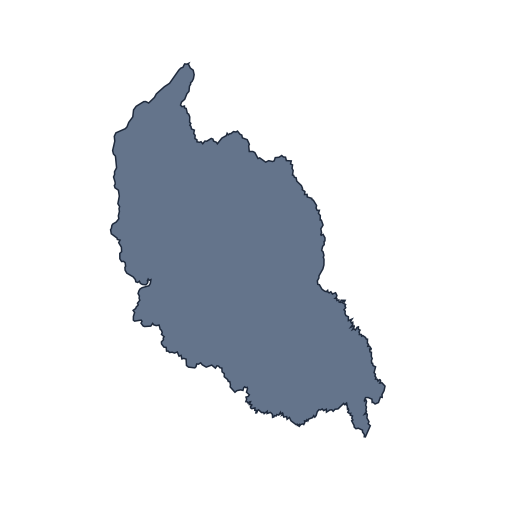 Cajibío, Cauca, Colombia, rotated 28°
{"feature_id": "7082276B54436910707179", "entity_name": "Cajibío", "entity_type": "district", "adm_level": 2, "iso_a3": "COL", "parent_name": "Colombia", "parent_adm1": "Cauca", "projection": "equal_earth", "projection_center": [-76.672, 2.658], "detail": "fine", "context": "isolated", "style": "filled", "palette": "slate", "viewbox_px": 512, "rotation_deg": 28, "n_neighbors": 0, "source": "geoboundaries", "source_scale": "gbopen_adm2", "svg_char_len": 6131}
<svg xmlns="http://www.w3.org/2000/svg" viewBox="0 0 512 512"><g transform="rotate(28 256 256)"><path d="M347.1,388.3L348.9,387.8L348.8,386.2L350.8,385.8L351.0,382.8L351.8,383.9L353.1,382.1L353.7,382.5L353.6,384.4L354.4,383.4L356.1,385.2L358.4,383.4L360.1,385.6L361.3,382.9L364.3,385.1L370.5,386.1L371.3,385.2L372.1,386.1L373.2,384.6L373.6,386.0L374.2,386.1L374.6,383.8L376.2,382.2L377.3,382.4L377.3,380.3L376.3,378.8L377.6,378.5L377.7,377.1L378.3,377.6L378.7,376.3L379.2,376.8L379.1,375.2L381.9,372.1L381.9,369.9L383.6,370.7L384.0,368.7L383.2,364.8L383.7,362.1L385.2,361.7L386.3,360.0L388.3,360.8L390.0,358.3L391.5,360.8L393.5,357.3L395.1,356.2L397.0,356.9L397.7,354.2L400.2,352.5L402.6,345.0L403.9,345.7L405.0,343.3L405.9,344.3L405.6,345.1L406.7,345.2L408.7,348.3L409.2,347.5L410.3,348.8L410.4,350.9L412.7,351.2L413.5,350.5L414.0,352.3L416.3,352.0L416.7,354.2L418.5,355.3L417.8,356.6L422.2,359.6L422.9,360.9L425.3,361.6L427.2,360.0L431.8,359.8L432.7,361.4L435.6,362.8L436.4,364.8L437.5,364.4L436.6,352.2L433.8,351.5L433.5,349.2L430.0,347.0L428.6,343.6L427.5,343.1L426.1,344.8L426.5,341.2L425.4,340.5L424.4,337.4L422.9,336.4L421.9,332.5L420.6,331.5L419.9,333.1L419.4,332.4L419.2,329.6L421.5,328.3L425.6,328.0L427.3,330.8L428.1,330.2L430.6,330.8L432.9,327.9L432.1,322.2L433.8,321.6L432.3,319.2L432.3,314.8L431.0,310.3L426.7,308.8L424.9,310.1L424.8,307.9L423.6,307.0L422.9,307.3L422.4,309.2L420.8,307.9L419.3,308.6L419.0,306.8L417.5,306.3L416.9,304.3L415.0,303.6L413.6,297.7L410.8,297.8L409.3,296.0L408.4,296.3L406.9,293.9L406.8,292.0L405.0,290.6L403.1,286.8L401.6,287.1L400.1,284.9L401.4,284.7L401.3,283.8L398.5,282.3L397.1,283.3L396.8,281.2L395.3,280.8L393.5,277.1L392.4,277.6L390.9,276.5L387.7,276.1L386.9,277.2L385.9,275.9L384.1,276.8L383.7,275.5L382.6,274.8L382.7,272.6L380.8,272.6L379.7,270.5L378.8,271.4L378.5,274.7L376.7,274.3L375.8,275.6L375.9,272.3L375.3,271.6L373.1,274.4L373.6,270.9L372.5,269.1L371.7,270.4L370.2,269.2L370.4,266.6L367.9,269.7L366.1,266.3L363.3,266.4L361.5,264.9L360.7,262.8L358.9,262.2L359.5,259.5L358.0,258.4L357.9,256.8L353.8,256.6L354.4,254.9L355.6,255.0L355.5,253.3L351.9,255.1L352.3,257.3L351.1,257.7L349.8,255.9L348.3,257.3L347.4,255.6L345.8,256.2L346.3,255.1L346.0,252.9L343.5,251.1L341.3,253.7L338.9,252.4L337.9,254.2L336.5,254.1L335.4,252.7L334.8,254.5L333.0,254.8L329.7,254.3L325.5,251.6L323.8,252.0L321.8,249.1L321.9,246.0L320.9,243.9L321.1,236.0L320.2,232.1L317.6,227.0L316.0,225.5L315.7,223.5L313.1,220.7L311.4,220.3L310.3,216.2L310.9,214.0L309.3,211.2L309.8,210.3L308.4,207.6L305.0,205.4L303.9,207.1L303.2,206.8L302.9,204.6L300.5,201.6L300.7,197.2L296.8,193.6L295.8,194.1L293.8,190.1L291.1,189.0L290.5,185.9L288.6,187.0L286.5,185.4L285.8,183.0L280.4,179.8L279.1,179.9L278.2,178.9L273.5,179.8L272.2,177.6L270.0,178.9L268.9,176.1L265.7,175.7L265.3,174.4L263.0,172.5L256.9,170.8L254.6,168.0L253.0,168.5L251.3,167.1L250.2,167.4L248.7,163.1L246.7,161.7L245.5,158.4L243.3,158.5L242.5,155.5L238.0,157.5L235.7,154.9L233.6,155.7L231.5,155.2L230.0,158.0L226.8,160.1L227.4,163.4L226.3,164.8L222.4,165.9L220.5,168.6L213.2,167.6L212.0,169.0L206.4,165.2L204.1,165.2L201.0,166.9L197.8,162.1L197.7,160.5L193.6,157.4L188.5,158.1L186.7,155.9L184.7,156.0L181.0,154.4L180.1,155.9L177.7,156.7L176.4,159.8L175.5,160.2L174.6,162.0L172.9,161.2L173.3,163.6L170.5,167.9L169.2,175.1L167.7,174.2L164.6,174.5L163.1,173.0L161.3,173.2L158.6,177.8L156.9,178.5L156.3,181.9L153.8,180.9L152.8,182.1L150.3,182.9L149.3,181.1L146.9,181.0L145.6,178.0L143.5,177.1L142.5,173.8L139.4,174.1L137.6,172.0L136.2,171.7L136.2,169.5L134.6,169.1L132.2,164.3L129.9,162.3L128.4,162.3L125.1,158.5L123.3,158.8L122.4,157.2L120.5,158.9L118.5,158.2L118.0,155.0L119.5,151.1L118.8,145.2L119.5,142.0L117.5,137.2L117.7,135.0L116.9,133.7L117.6,131.9L117.5,128.8L116.3,125.0L113.3,121.4L109.8,120.9L106.2,118.3L106.2,117.4L105.0,119.0L102.8,119.9L102.9,123.7L101.4,125.4L100.6,128.0L98.6,144.1L95.6,149.6L91.9,159.6L91.9,163.7L89.4,171.3L86.1,171.4L84.4,172.4L79.9,180.1L79.3,184.5L81.9,191.0L80.9,197.7L81.5,202.5L80.8,205.0L74.5,213.0L74.7,216.9L77.4,220.9L79.9,230.2L82.2,232.8L85.0,233.8L91.5,243.6L91.5,248.0L92.9,250.4L93.1,253.1L96.9,256.9L98.0,258.8L97.8,260.3L99.5,262.0L103.6,262.5L107.2,267.3L109.5,274.7L112.4,276.4L112.8,278.5L114.5,280.8L115.6,285.2L117.4,287.5L116.6,291.7L114.5,295.1L114.4,296.7L115.4,299.6L115.2,301.0L117.8,304.3L124.9,305.4L125.8,306.5L128.5,305.8L128.5,308.7L133.0,311.4L135.3,315.3L134.5,317.6L137.1,322.4L139.9,324.0L141.6,322.9L143.6,323.3L145.7,326.3L145.6,327.6L147.1,330.0L150.0,331.8L157.4,332.1L160.6,333.5L161.9,335.2L164.0,334.9L164.9,333.0L166.7,334.4L168.9,334.5L172.2,333.2L172.9,331.1L172.7,329.5L171.7,329.0L171.6,327.0L173.0,327.7L174.3,326.2L175.6,329.9L175.4,332.6L170.3,337.5L169.1,339.6L169.0,341.8L169.5,344.6L171.8,346.0L172.6,348.2L174.2,349.6L173.5,353.4L174.8,354.2L174.9,355.3L174.2,357.0L174.4,358.9L173.0,361.7L175.4,362.9L176.1,366.9L177.8,370.2L179.4,370.5L184.7,366.5L186.0,367.2L186.0,369.3L189.2,370.8L190.7,370.6L196.0,367.3L196.4,364.0L198.0,364.8L200.6,364.3L202.9,362.5L205.8,365.7L207.4,366.0L209.2,367.7L209.3,369.6L212.8,370.4L212.6,372.1L213.6,373.3L212.8,376.3L213.9,378.0L217.5,379.7L219.6,378.9L221.7,382.0L223.2,381.2L225.0,381.8L227.1,380.3L229.6,380.0L231.6,377.7L235.1,380.6L236.5,378.9L238.9,381.7L240.3,380.3L242.7,379.9L246.0,385.3L248.6,385.8L254.5,383.5L255.0,381.9L254.3,379.2L256.0,378.5L257.3,376.3L259.6,377.3L264.2,377.5L268.1,373.1L272.8,374.1L273.1,371.2L274.7,370.8L276.7,371.6L278.5,371.0L280.4,374.2L283.2,374.7L284.6,377.5L288.9,378.4L290.4,379.8L291.8,379.2L293.9,381.7L294.6,383.7L301.4,386.2L302.3,383.9L305.3,381.4L307.6,380.8L307.0,378.1L307.4,376.8L308.9,377.0L309.9,376.1L310.8,377.1L311.5,380.7L315.3,381.7L315.0,383.7L313.4,385.3L315.0,386.8L315.4,389.4L316.9,388.9L318.2,389.7L318.6,388.0L319.6,387.2L319.9,390.3L322.0,389.3L322.4,390.2L321.8,391.6L322.5,392.6L324.0,392.8L326.4,390.7L327.4,392.8L328.9,392.2L329.5,394.6L330.2,394.2L330.0,391.4L330.5,390.6L334.3,391.6L336.2,390.6L337.2,391.4L338.8,387.9L339.7,389.9L342.2,387.3L344.8,388.1L346.4,390.7L347.4,389.6L347.1,388.3Z" fill="#64748b" stroke="#1e293b" stroke-width="1.5"/></g></svg>